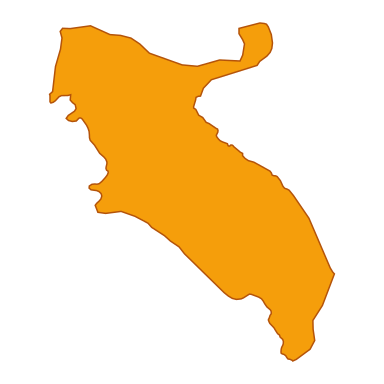 the Province of Ilam
{"feature_id": "IRN-3221", "entity_name": "Ilam", "entity_type": "Province", "adm_level": 1, "iso_a3": "IRN", "parent_name": "Iran", "parent_adm1": "", "projection": "equal_earth", "projection_center": [46.793, 33.074], "detail": "fine", "context": "isolated", "style": "filled", "palette": "amber", "viewbox_px": 384, "rotation_deg": 0, "n_neighbors": 0, "source": "natural_earth", "source_scale": "10m", "svg_char_len": 2610}
<svg xmlns="http://www.w3.org/2000/svg" viewBox="0 0 384 384"><path d="M50.9,103.0L50.0,101.8L50.0,95.6L49.6,94.3L52.6,91.6L55.5,66.5L60.5,49.2L62.0,38.0L60.2,31.4L62.6,28.3L70.2,28.6L90.5,25.8L110.0,34.6L120.5,35.4L131.0,38.1L139.8,44.0L149.4,53.2L182.1,64.9L197.4,66.3L219.6,60.0L240.0,61.0L242.7,55.1L244.5,43.9L242.6,39.6L239.0,33.7L239.0,28.4L259.9,23.0L264.3,23.5L266.5,24.2L268.3,26.9L271.3,34.5L272.5,43.0L271.8,48.5L270.1,52.4L267.0,56.0L259.7,61.4L257.1,65.4L211.4,79.7L203.4,88.2L200.5,96.1L198.2,96.3L196.0,97.4L195.6,100.0L193.6,106.7L193.7,108.1L195.8,109.4L198.7,115.2L202.8,117.6L206.2,122.4L209.0,123.5L216.1,128.4L217.5,129.0L218.0,130.5L217.8,132.2L216.3,135.3L216.7,136.7L218.4,139.0L220.1,140.7L222.5,141.9L227.4,143.7L227.6,144.1L227.8,145.0L228.2,145.8L229.2,146.1L229.9,146.0L230.5,145.1L231.4,145.0L232.4,145.2L233.2,145.9L233.8,146.7L240.3,152.2L242.6,153.4L242.6,155.7L245.0,158.4L248.3,160.6L253.9,162.2L270.0,171.1L271.4,173.0L272.1,175.1L273.8,175.7L275.8,175.9L277.2,176.6L280.4,180.7L282.9,186.2L284.6,188.3L287.1,189.1L289.1,190.2L293.4,195.5L308.9,218.2L330.2,267.9L332.8,272.2L334.4,273.9L322.4,305.5L312.9,320.4L313.1,329.3L314.7,340.5L310.1,349.2L296.3,359.4L292.8,361.0L292.5,360.5L290.0,359.3L288.0,359.0L286.8,357.5L285.7,355.7L284.1,354.5L282.0,353.8L281.1,353.1L281.0,351.7L281.2,349.2L281.7,347.3L282.5,345.8L283.2,344.1L283.4,341.6L282.7,339.4L280.2,337.2L279.4,334.9L278.2,334.2L277.3,333.2L275.0,329.6L274.5,328.6L273.9,327.7L269.9,323.5L269.3,322.4L268.4,320.1L268.5,319.2L269.0,318.6L270.1,315.3L270.9,314.3L271.3,313.2L271.1,311.2L270.4,309.9L266.9,306.9L264.7,303.7L263.2,301.0L261.5,298.8L258.7,297.1L251.2,294.3L249.4,294.1L243.4,297.9L241.1,298.9L236.4,299.4L232.3,298.4L228.3,296.0L224.1,292.6L184.5,253.8L179.1,246.9L170.5,241.1L164.4,235.6L163.9,235.3L151.7,227.4L148.0,223.2L135.0,216.3L121.1,211.4L105.6,213.4L97.9,212.3L95.2,205.3L96.8,203.2L99.0,201.2L100.9,199.0L101.8,196.0L101.1,193.6L99.2,191.7L96.7,190.6L91.0,189.8L89.1,188.1L89.3,186.0L91.9,184.3L94.8,184.0L97.0,184.2L99.1,183.7L101.9,181.4L105.4,177.5L107.2,175.1L108.2,172.8L108.1,171.2L106.6,170.2L106.0,168.6L106.1,167.1L106.9,163.8L106.9,162.0L105.7,159.1L103.9,157.0L99.7,153.3L94.5,145.1L90.2,140.3L89.5,137.8L89.4,134.9L89.1,131.4L88.0,128.1L86.5,125.1L82.2,119.0L81.8,118.7L81.4,118.4L80.9,118.1L80.7,118.0L80.0,117.9L79.4,118.0L78.7,118.4L76.3,121.0L72.3,121.5L68.5,120.5L66.2,118.4L68.3,115.4L74.5,111.2L76.1,108.6L75.2,104.7L72.5,102.6L70.2,100.0L70.7,94.7L67.9,95.5L61.5,95.6L59.1,96.7L55.3,100.8L53.2,102.3L50.9,103.0Z" fill="#f59e0b" stroke="#b45309" stroke-width="1.5"/></svg>